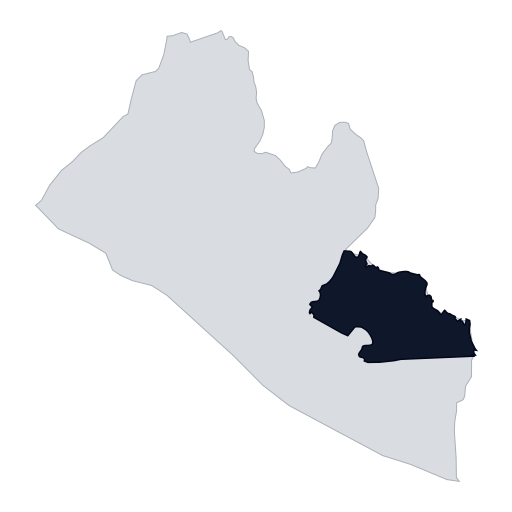 Grand Gedeh highlighted on a map of Liberia
{"feature_id": "LBR-793", "entity_name": "Grand Gedeh", "entity_type": "County", "adm_level": 1, "iso_a3": "LBR", "parent_name": "Liberia", "parent_adm1": "", "projection": "albers", "projection_center": [-8.193, 5.975], "detail": "fine", "context": "in_parent", "style": "filled", "palette": "ink", "viewbox_px": 512, "rotation_deg": 0, "n_neighbors": 0, "source": "natural_earth", "source_scale": "10m", "svg_char_len": 4495}
<svg xmlns="http://www.w3.org/2000/svg" viewBox="0 0 512 512"><path d="M35.6,205.3L41.3,200.6L49.7,185.2L61.5,170.4L72.3,161.7L81.0,152.6L90.1,145.8L103.2,137.7L123.2,116.5L127.9,114.1L131.2,99.3L136.2,80.6L142.0,74.8L155.6,71.4L158.8,68.1L163.7,54.9L166.8,39.5L167.1,36.2L172.4,35.8L181.6,32.5L186.9,34.0L189.2,38.5L190.4,42.2L218.1,32.7L220.5,30.7L221.9,31.1L225.4,39.7L227.4,39.2L229.1,36.7L230.9,36.5L233.1,37.7L235.2,41.7L238.8,45.3L244.7,47.9L248.5,51.4L248.1,60.6L249.5,69.7L252.1,71.7L253.5,77.1L254.2,83.0L255.6,86.1L256.6,92.1L256.1,98.5L257.1,103.0L261.5,110.7L264.3,120.5L264.3,127.4L262.7,134.7L259.7,141.3L254.5,148.6L254.1,151.4L257.2,153.3L261.8,153.7L265.7,152.2L275.5,155.6L280.6,160.4L285.1,166.3L289.2,169.3L291.0,173.0L298.0,172.0L306.1,168.4L307.7,166.7L310.2,167.7L315.4,168.0L319.0,161.6L322.0,154.1L328.2,146.1L331.3,143.0L332.2,137.8L332.5,131.2L334.8,125.4L339.9,122.3L345.5,122.3L348.6,123.5L350.1,129.1L354.6,133.3L358.4,136.3L360.5,137.5L363.7,140.8L366.7,152.0L378.7,188.4L378.1,198.4L375.7,204.9L375.6,211.4L374.8,217.7L367.5,228.1L345.8,249.3L347.5,251.1L352.7,253.6L357.9,254.8L362.3,254.2L367.7,259.5L373.5,266.1L379.7,269.6L388.6,272.7L396.4,273.0L403.0,271.8L412.3,273.1L422.3,278.7L425.8,287.8L428.2,295.7L431.7,299.7L432.2,306.6L439.3,312.6L449.3,313.8L462.4,320.9L465.8,320.5L467.2,319.6L468.8,321.0L472.1,341.4L474.7,352.2L473.3,356.6L471.6,360.1L471.5,376.6L465.6,386.1L464.6,396.5L463.0,399.8L456.6,402.8L456.6,410.8L454.9,420.5L454.3,430.7L456.1,457.5L456.4,477.5L459.3,481.3L446.9,479.6L410.6,464.4L382.7,455.6L289.1,405.6L263.1,385.5L233.2,355.5L166.8,295.2L151.7,285.5L132.6,280.7L120.8,275.5L112.5,269.9L105.8,253.2L89.2,243.2L58.6,229.0L35.6,205.3Z" fill="#d9dde1" stroke="#a8b0b8" stroke-width="1"/><path d="M344.2,250.9L346.0,251.0L347.1,251.2L349.6,251.2L350.9,251.5L352.1,252.6L355.2,256.8L357.2,257.5L358.5,256.4L359.4,254.4L359.9,252.4L360.4,251.5L361.1,252.0L362.3,253.6L365.7,255.4L367.1,257.0L366.9,257.6L366.1,258.3L365.6,260.1L365.8,261.1L366.7,263.1L367.0,263.9L366.4,264.9L365.4,265.4L365.1,266.1L366.3,267.3L367.5,266.2L368.8,265.7L370.1,265.8L371.2,266.3L372.6,265.1L373.7,265.5L374.8,266.7L375.9,267.7L376.4,267.7L376.8,267.2L377.2,266.9L378.0,267.3L378.5,268.2L378.7,269.0L378.7,269.8L378.8,270.2L379.8,270.6L388.1,272.5L389.4,272.9L390.5,273.6L391.2,274.1L392.1,274.5L393.9,274.4L395.3,274.1L397.7,272.7L399.0,272.2L404.0,271.5L406.8,271.5L408.7,271.9L410.4,273.1L417.3,274.7L417.9,274.8L418.4,274.6L418.9,274.5L419.5,274.7L419.7,275.0L420.0,276.3L420.4,276.8L425.1,280.6L426.8,282.7L427.1,284.1L425.6,288.3L425.1,290.5L424.9,293.0L425.2,295.2L426.3,296.7L426.4,296.2L427.4,295.6L428.7,295.2L429.7,295.3L430.8,296.3L431.2,297.2L431.5,299.7L431.9,300.1L432.4,300.3L433.0,300.5L433.2,301.2L433.0,301.8L432.0,302.3L431.8,302.8L431.7,305.9L431.8,306.7L433.2,308.4L437.5,310.6L438.8,311.9L440.7,314.6L442.2,313.8L443.4,311.7L444.6,310.3L445.3,310.8L446.4,312.2L448.0,313.5L449.9,313.7L450.1,314.1L452.3,315.3L452.6,315.4L454.9,316.4L455.4,317.1L454.6,318.2L455.4,318.9L456.8,320.7L457.6,321.1L458.8,320.5L460.1,319.4L460.9,319.1L460.6,320.9L462.2,321.2L463.0,322.6L463.5,324.1L464.5,324.7L465.4,323.9L465.9,322.2L466.2,319.0L469.6,320.5L470.1,324.2L469.4,328.7L469.3,332.7L471.3,341.1L472.7,343.9L475.0,348.5L476.4,350.3L474.1,349.9L473.4,351.2L473.9,353.2L475.4,355.1L473.2,355.2L472.5,355.2L473.6,356.2L400.8,359.3L393.9,360.7L379.8,362.2L368.0,362.4L364.3,361.0L364.5,359.8L364.5,359.4L364.4,359.0L364.2,358.6L363.9,358.2L363.3,357.8L361.8,357.3L360.2,357.0L359.7,356.7L359.3,356.3L358.9,355.4L358.7,354.8L358.7,354.3L358.9,353.9L359.0,353.4L359.5,352.6L361.7,349.5L361.9,349.1L362.0,348.7L362.2,347.6L362.3,347.2L362.5,346.8L362.7,346.4L363.1,346.1L363.4,345.9L363.9,345.8L364.7,345.6L365.1,345.5L368.6,345.4L369.5,345.3L371.3,344.9L371.7,344.7L372.1,344.4L372.3,344.1L372.5,343.7L372.7,343.4L372.7,343.0L372.8,341.8L372.7,341.1L372.3,339.5L371.7,337.8L370.1,334.8L368.0,331.8L366.5,330.3L365.3,329.4L362.0,327.4L361.2,327.1L360.2,326.9L356.8,326.7L355.7,326.8L355.0,327.0L354.6,327.3L347.8,335.7L341.7,333.0L313.8,317.3L314.0,315.3L313.1,313.7L311.5,312.2L310.0,313.6L309.4,312.5L310.0,310.0L312.0,307.5L312.0,306.5L310.7,305.5L309.8,304.2L311.2,302.3L313.0,301.7L317.4,301.2L319.0,300.1L320.0,298.0L320.5,295.2L320.2,292.6L319.0,290.8L320.6,289.5L322.0,286.0L323.5,285.2L326.5,284.1L329.3,281.7L331.7,278.9L333.4,276.3L339.9,263.4L342.4,254.9L344.2,250.9L344.2,250.9Z" fill="#0f172a" stroke="#020617" stroke-width="1.5"/></svg>